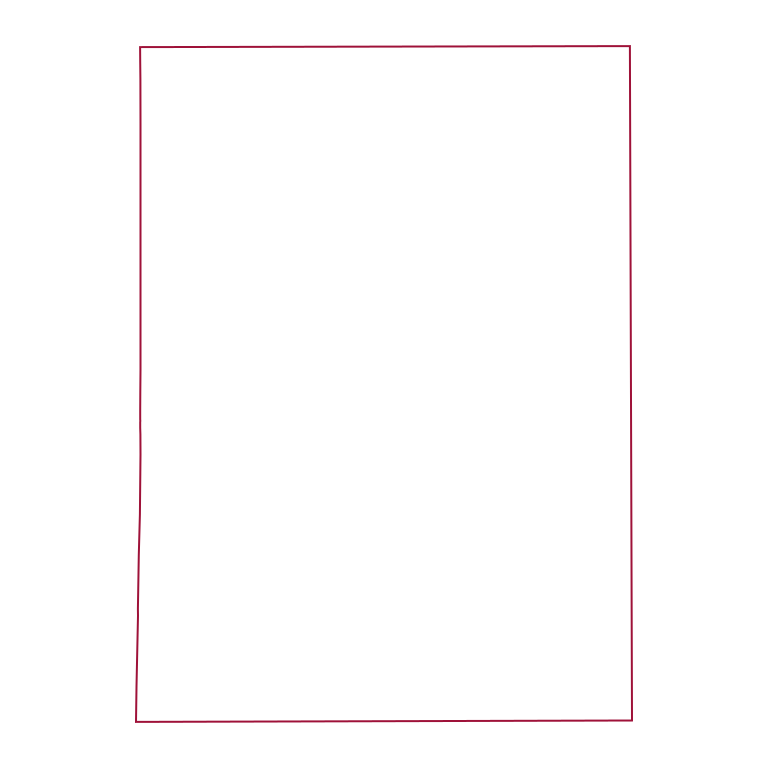 Bailey, Texas, United States of America
{"feature_id": "52423323B27652723515833", "entity_name": "Bailey", "entity_type": "district", "adm_level": 2, "iso_a3": "USA", "parent_name": "United States of America", "parent_adm1": "Texas", "projection": "albers", "projection_center": [-102.997, 34.069], "detail": "fine", "context": "isolated", "style": "outline", "palette": "rose", "viewbox_px": 768, "rotation_deg": 0, "n_neighbors": 0, "source": "geoboundaries", "source_scale": "gbopen_adm2", "svg_char_len": 435}
<svg xmlns="http://www.w3.org/2000/svg" viewBox="0 0 768 768"><path d="M632.0,720.5L629.9,46.1L140.1,47.1L140.2,61.0L140.4,79.3L140.5,124.3L140.5,323.5L140.5,357.9L140.5,369.7L140.3,392.3L140.2,410.4L140.2,419.3L140.3,421.0L140.2,422.1L140.2,427.9L140.4,434.3L140.5,454.6L140.4,464.0L140.3,474.5L139.9,514.6L138.8,554.7L137.9,609.1L138.0,615.6L136.5,686.5L136.0,721.9L632.0,720.5Z" fill="none" stroke="#9f1239" stroke-width="2"/></svg>